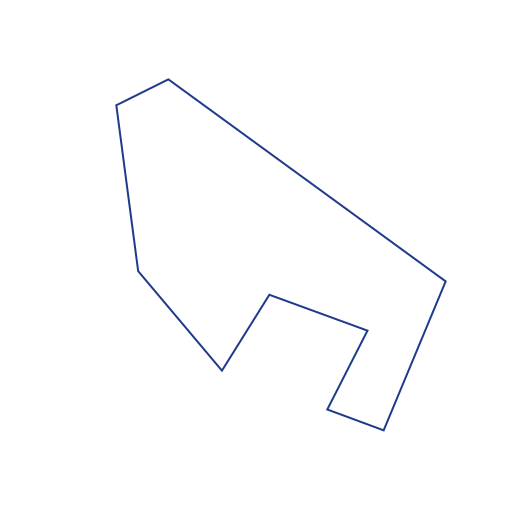 Pembroke, Albers equal-area conic projection, rotated 27°
{"feature_id": "BMU-5139", "entity_name": "Pembroke", "entity_type": "state/province", "adm_level": 1, "iso_a3": "BMU", "parent_name": "Bermuda", "parent_adm1": "", "projection": "albers", "projection_center": [-64.794, 32.299], "detail": "fine", "context": "isolated", "style": "outline", "palette": "blue", "viewbox_px": 512, "rotation_deg": 27, "n_neighbors": 0, "source": "natural_earth", "source_scale": "10m", "svg_char_len": 283}
<svg xmlns="http://www.w3.org/2000/svg" viewBox="0 0 512 512"><g transform="rotate(27 256 256)"><path d="M277.7,373.6L157.9,323.0L63.1,185.1L97.7,138.4L436.5,192.5L448.9,353.4L389.2,360.4L389.2,271.9L285.5,284.5L277.7,373.6Z" fill="none" stroke="#1e3a8a" stroke-width="2"/></g></svg>